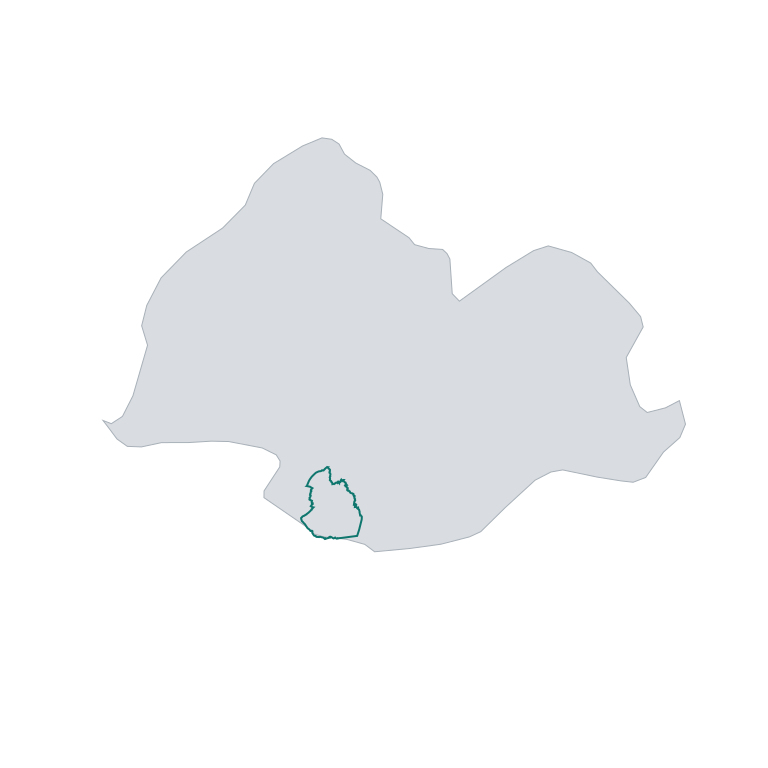 Musanze, Northern, Rwanda (highlighted), rotated 230°
{"feature_id": "39286606B17052688720067", "entity_name": "Musanze", "entity_type": "district", "adm_level": 2, "iso_a3": "RWA", "parent_name": "Rwanda", "parent_adm1": "Northern", "projection": "natural_earth1", "projection_center": [29.637, -1.492], "detail": "fine", "context": "in_parent", "style": "outline", "palette": "teal", "viewbox_px": 768, "rotation_deg": 230, "n_neighbors": 0, "source": "geoboundaries", "source_scale": "gbopen_adm2", "svg_char_len": 6528}
<svg xmlns="http://www.w3.org/2000/svg" viewBox="0 0 768 768"><g transform="rotate(230 384 384)"><path d="M315.1,233.4L322.8,233.2L374.1,219.0L379.2,223.4L387.5,250.9L391.8,254.9L399.0,255.9L413.3,249.6L439.7,228.1L451.2,215.0L464.8,196.6L482.1,175.9L491.7,157.8L501.2,147.3L513.5,144.1L527.2,144.9L536.7,145.3L528.9,149.6L527.3,162.8L536.3,184.0L565.7,227.8L584.4,235.8L596.7,252.8L608.6,281.5L612.2,317.4L607.2,360.6L610.2,392.7L621.0,413.7L623.8,441.0L618.7,474.6L612.4,494.7L605.0,501.3L596.7,503.8L585.4,501.5L571.5,504.4L556.5,510.7L547.1,511.6L541.2,510.4L530.1,505.0L512.6,487.7L479.9,497.2L471.1,497.0L459.1,505.3L449.4,515.4L443.4,516.1L437.4,514.8L409.3,494.3L399.0,495.0L394.8,552.4L390.0,584.3L384.2,598.6L364.1,612.3L343.8,620.1L332.7,619.6L288.2,623.9L270.7,623.9L261.1,619.2L248.6,586.6L225.0,572.1L202.3,565.4L193.0,567.3L184.8,584.3L181.4,599.6L159.4,589.1L152.8,576.2L152.2,554.3L144.2,524.4L148.6,511.7L157.3,503.4L175.5,487.6L203.3,465.7L209.3,455.3L213.2,437.9L211.4,397.4L208.7,363.2L212.0,351.1L224.7,324.6L241.7,297.6L261.5,269.0L273.5,266.2L289.2,255.4L305.8,239.4L315.1,233.4Z" fill="#d9dde1" stroke="#a8b0b8" stroke-width="1"/><path d="M329.7,289.6L329.7,289.3L330.0,289.4L330.1,289.2L330.4,289.0L330.5,288.8L330.9,288.9L331.0,289.2L331.2,289.4L331.1,289.6L331.3,289.5L331.3,289.8L331.5,289.6L331.6,289.9L331.7,290.4L331.9,290.7L332.2,290.6L332.5,290.9L333.2,291.2L333.8,290.9L334.0,290.7L334.6,290.8L334.9,290.7L335.0,290.7L335.7,290.8L336.0,290.7L336.3,290.8L336.4,291.4L336.5,291.3L336.8,291.0L336.9,290.2L336.5,289.9L336.5,289.6L336.8,289.6L337.0,289.8L337.1,289.6L337.5,289.8L337.8,289.6L338.2,289.7L338.0,288.9L337.7,288.7L337.4,288.2L337.2,287.5L337.0,287.4L337.2,286.7L337.1,286.2L336.9,286.0L337.4,286.0L337.8,286.2L338.4,286.4L338.7,286.3L338.8,286.1L338.6,285.7L338.6,285.4L338.1,284.9L338.0,284.7L338.8,284.4L339.2,284.1L339.3,283.7L339.3,283.3L339.4,283.1L339.3,282.9L339.4,282.7L339.3,282.0L339.4,281.4L339.5,281.3L339.9,281.0L340.4,280.5L340.5,280.1L340.9,280.3L341.3,280.7L341.6,280.9L341.8,280.9L342.0,280.9L342.5,280.8L342.8,280.7L342.9,280.8L343.2,281.0L343.6,281.1L343.9,280.9L344.8,280.7L345.2,280.7L345.5,281.1L345.8,281.6L346.7,282.2L347.4,282.4L347.6,282.9L347.8,283.5L348.2,283.6L348.4,283.8L349.0,284.7L350.1,285.4L351.0,285.2L351.1,285.5L351.3,285.6L351.6,285.7L351.6,285.8L352.0,286.6L352.4,286.7L352.5,286.9L352.6,287.1L353.1,287.5L353.5,287.4L353.9,287.5L354.1,287.4L354.3,287.4L354.6,287.3L354.8,287.3L355.0,287.3L355.3,287.3L355.3,287.2L355.7,287.2L355.9,287.3L356.1,287.7L356.3,287.4L356.5,287.4L357.0,287.1L357.0,286.9L356.9,286.4L357.0,285.6L357.0,285.0L356.9,284.7L357.0,284.3L356.9,284.1L356.9,283.8L356.8,283.7L356.8,282.8L356.6,282.3L356.7,282.0L357.0,281.6L357.7,281.2L357.8,280.9L357.7,280.5L357.7,280.1L358.0,279.4L358.3,278.8L358.7,278.4L359.0,277.8L359.3,276.8L359.8,274.9L359.8,273.8L359.6,271.0L359.4,269.0L358.6,265.8L357.9,264.0L356.7,261.7L356.4,261.1L356.2,260.7L355.9,260.2L355.5,259.3L355.5,259.2L354.4,260.1L354.0,260.4L353.9,260.5L353.6,260.7L352.9,261.3L352.1,261.5L350.2,262.2L350.0,260.3L349.8,259.9L349.4,259.5L349.2,259.3L348.8,259.6L348.5,259.4L348.2,258.3L348.0,258.0L347.7,257.8L347.6,257.3L347.2,257.2L346.9,256.8L347.0,256.6L346.9,256.5L346.8,256.3L346.7,256.3L346.6,256.1L346.5,255.9L346.2,255.9L346.2,256.0L345.6,255.7L345.5,255.8L345.3,255.5L345.0,255.3L344.9,254.9L344.8,254.0L344.7,253.8L344.3,253.6L344.0,253.3L343.8,253.0L343.4,252.6L343.1,252.7L342.9,253.1L342.5,253.0L342.5,252.9L342.4,252.9L342.3,253.0L342.0,253.1L341.9,253.3L341.2,253.5L340.9,253.7L340.6,253.2L340.2,253.1L339.9,252.7L339.7,252.6L339.5,252.3L339.4,252.3L339.0,252.2L338.8,252.4L338.7,252.2L338.3,252.6L338.0,252.4L337.8,252.1L337.9,251.8L337.8,251.1L337.5,249.4L337.1,249.5L336.7,249.6L336.1,249.8L335.8,249.8L335.7,250.0L334.9,250.6L334.9,250.3L334.8,249.7L334.7,249.6L334.6,249.0L334.6,248.6L334.6,248.4L334.3,248.0L334.5,247.8L334.4,247.4L334.3,247.2L334.2,246.7L334.1,246.1L334.0,244.0L333.9,243.6L334.0,243.0L334.0,242.5L334.1,241.4L334.0,241.2L333.9,240.9L334.1,240.1L334.1,239.9L334.3,239.7L334.2,239.2L334.4,238.4L334.4,237.9L334.7,237.5L334.7,237.3L334.8,237.0L334.9,236.0L334.7,235.7L334.6,235.3L334.6,234.9L334.7,234.6L334.5,234.3L334.2,234.0L333.6,233.7L332.9,233.5L331.9,233.0L331.3,233.0L330.6,233.2L329.7,233.1L327.7,233.3L327.1,233.3L324.9,233.0L324.3,233.0L323.6,232.8L322.9,232.8L321.9,232.9L321.1,233.2L320.1,233.3L319.7,233.3L319.3,233.3L318.8,233.2L318.7,233.2L318.4,233.6L318.0,234.4L317.4,234.6L316.6,234.1L316.3,233.7L316.0,233.4L315.6,233.3L315.2,233.3L314.4,233.1L313.8,233.1L312.9,233.0L312.6,233.1L312.2,233.3L311.8,233.8L311.5,234.0L310.8,234.1L310.5,233.9L310.4,233.9L310.0,234.4L309.5,234.8L309.4,235.1L309.1,235.3L308.4,235.9L308.2,236.5L308.0,236.8L307.4,237.3L306.7,237.7L306.0,238.3L304.9,239.0L304.3,238.9L303.9,239.0L303.8,239.5L303.7,239.7L303.1,239.3L302.9,239.6L302.7,240.6L302.4,241.1L302.1,241.9L301.8,242.3L301.6,243.1L301.2,243.6L301.9,244.0L301.6,244.6L301.3,244.9L300.5,245.3L298.2,246.0L297.9,246.6L297.8,247.5L297.8,247.8L297.6,247.8L297.0,248.0L296.7,248.0L296.2,248.2L295.9,248.4L295.7,248.7L295.7,249.3L295.3,249.4L295.2,249.5L294.9,250.4L294.2,251.3L293.2,252.8L284.9,265.8L288.3,271.2L293.0,277.7L294.3,279.5L295.0,280.3L296.0,281.1L296.1,281.3L296.6,281.7L297.1,281.8L297.8,281.7L298.5,281.8L298.7,281.3L301.3,282.7L301.6,283.1L301.9,283.2L302.6,283.6L303.1,283.7L303.5,284.0L303.8,284.1L304.7,284.0L305.1,283.8L305.3,284.1L305.2,284.2L305.3,284.3L305.9,284.7L306.0,284.3L306.0,284.2L306.3,283.8L306.4,283.7L306.8,284.0L307.6,283.8L308.3,282.8L308.4,283.0L308.5,282.9L308.7,283.2L308.8,283.6L308.9,284.3L309.0,284.4L309.2,285.0L309.4,285.2L309.9,285.1L310.2,285.0L310.1,284.2L310.2,284.3L310.3,283.9L310.6,283.6L310.8,283.6L310.9,283.4L312.9,285.6L312.8,285.8L313.0,286.2L313.2,286.3L313.3,286.4L313.3,286.7L313.4,287.2L313.6,287.3L314.2,287.4L314.4,287.7L314.4,287.8L314.5,287.9L314.8,287.8L315.7,288.0L315.9,288.2L316.1,288.5L316.9,288.7L316.8,288.8L317.1,289.0L317.1,289.3L317.1,289.5L317.9,289.4L318.3,289.3L318.6,289.5L318.9,289.5L319.1,289.4L319.6,289.9L320.2,289.5L320.5,289.5L320.9,289.2L321.2,288.9L321.3,288.8L321.9,288.5L322.3,288.4L322.6,288.3L323.0,288.5L323.3,288.6L323.5,288.7L323.8,288.4L324.2,288.4L324.4,288.5L324.9,288.5L325.0,288.4L325.2,288.1L325.5,288.0L325.7,287.9L325.8,287.6L326.1,287.6L326.3,287.7L326.6,287.7L326.7,287.9L327.0,288.5L327.0,288.8L327.3,289.0L327.5,289.3L328.3,289.0L328.9,289.3L329.0,289.3L329.7,289.6Z" fill="none" stroke="#0f766e" stroke-width="2"/></g></svg>